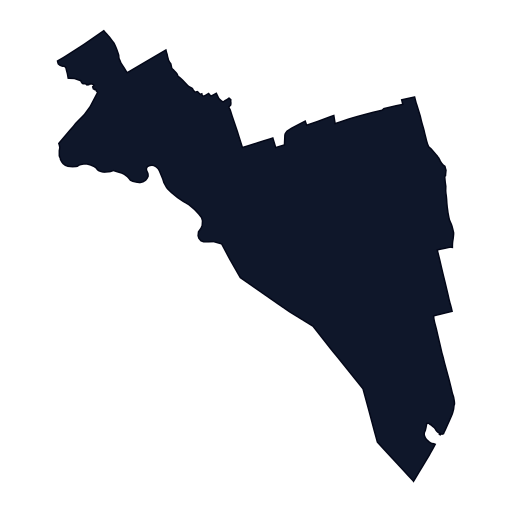 Itesti, Bacau, Romania
{"feature_id": "2599482B64151983327745", "entity_name": "Itesti", "entity_type": "district", "adm_level": 2, "iso_a3": "ROU", "parent_name": "Romania", "parent_adm1": "Bacau", "projection": "albers", "projection_center": [26.861, 46.655], "detail": "fine", "context": "isolated", "style": "filled", "palette": "ink", "viewbox_px": 512, "rotation_deg": 0, "n_neighbors": 0, "source": "geoboundaries", "source_scale": "gbopen_adm2", "svg_char_len": 5364}
<svg xmlns="http://www.w3.org/2000/svg" viewBox="0 0 512 512"><path d="M413.5,481.3L414.2,480.2L416.1,477.0L418.6,472.8L418.9,472.3L422.8,465.9L426.1,460.4L428.1,457.1L429.3,455.1L430.4,453.0L432.2,449.9L433.4,447.7L434.1,446.4L435.2,444.3L433.7,443.7L432.0,443.5L430.7,443.0L429.1,441.9L426.4,439.4L425.2,437.6L424.2,435.0L424.3,432.7L425.3,430.4L426.0,427.4L426.7,423.4L429.0,423.3L429.8,424.2L430.3,424.6L430.8,424.3L431.2,424.4L431.3,425.1L432.6,426.3L434.2,427.5L435.2,428.7L435.8,429.9L436.9,431.3L438.0,432.3L439.1,433.0L439.9,433.4L439.4,434.3L440.2,434.8L440.8,433.7L442.0,434.2L443.5,433.7L444.2,431.9L444.9,430.6L445.9,428.4L447.8,424.1L448.9,421.7L450.0,419.2L451.2,416.5L452.2,414.1L452.8,412.2L453.6,409.1L454.0,405.5L454.5,404.0L454.4,402.0L454.1,400.0L453.6,397.1L452.3,393.1L450.9,387.1L448.9,379.1L446.8,371.4L444.3,362.2L443.2,357.5L441.9,353.0L440.1,345.1L438.0,336.2L436.3,328.8L434.6,322.4L433.9,319.0L433.6,315.9L436.5,315.1L439.9,314.3L442.7,313.6L445.5,312.9L452.1,311.3L451.3,307.8L450.5,304.8L450.0,303.2L449.0,299.3L448.2,295.6L447.0,290.5L444.8,281.3L443.0,274.0L441.3,266.8L439.9,260.7L438.8,256.2L437.7,251.8L437.3,249.9L440.3,249.2L444.8,248.3L448.8,247.4L450.2,247.2L450.8,247.2L452.4,247.4L452.4,245.5L452.5,243.1L452.7,241.3L453.1,238.8L453.4,236.3L453.6,234.1L453.6,232.7L453.2,231.0L452.8,229.3L452.0,226.2L451.3,224.2L450.3,222.0L449.4,219.8L448.9,217.6L448.6,216.1L447.9,212.3L447.7,210.5L447.2,207.0L446.8,202.7L446.6,199.2L446.3,196.1L445.9,193.3L445.7,190.8L445.8,186.3L445.2,182.2L444.8,177.7L444.7,177.0L444.9,176.2L445.5,175.7L445.6,174.0L445.9,171.0L446.0,170.3L445.4,168.3L445.1,167.1L444.9,166.3L443.2,165.1L441.5,163.1L440.4,161.4L439.9,160.5L439.7,159.8L439.2,159.3L439.0,158.4L438.1,157.3L437.5,156.5L437.0,155.7L436.3,155.0L431.2,149.0L428.6,146.7L427.5,144.0L426.6,141.0L425.7,137.3L424.6,133.0L424.1,130.7L423.3,127.7L422.7,125.7L422.0,123.3L421.6,121.8L421.2,120.2L420.3,116.3L418.5,110.4L417.3,106.5L416.8,104.9L416.1,102.9L414.6,97.0L401.7,99.8L402.8,104.4L396.3,105.7L383.9,108.6L382.2,110.2L373.1,112.3L364.8,114.5L357.4,116.5L352.9,117.8L348.5,119.1L341.2,121.6L335.1,123.6L333.8,115.5L330.6,116.6L317.5,121.5L313.4,122.9L306.6,125.2L305.2,121.1L303.7,121.9L297.9,124.9L291.6,128.2L287.0,131.2L285.3,133.6L284.9,135.0L284.5,143.7L284.5,144.9L277.9,146.9L275.7,147.6L272.8,138.0L270.1,138.9L263.5,140.9L248.1,145.8L243.1,147.3L242.4,147.5L238.9,136.5L237.4,131.6L232.1,116.0L230.2,109.9L229.0,107.7L228.8,106.9L230.7,105.0L230.9,103.0L230.7,101.4L230.8,99.7L229.0,98.1L227.3,99.4L225.0,100.6L223.9,101.5L223.0,101.8L222.6,101.7L221.3,100.8L219.2,98.9L218.6,98.1L216.3,93.3L213.0,95.1L210.8,96.1L208.6,93.5L205.6,95.3L204.4,95.9L203.1,96.2L202.1,95.2L201.8,93.8L200.1,94.3L198.5,92.7L197.7,91.8L197.4,91.6L196.7,91.7L196.2,92.0L195.2,92.2L194.1,91.1L193.3,90.3L193.0,89.7L192.5,88.7L192.1,88.3L191.6,88.0L190.5,87.4L189.1,86.7L187.8,85.7L186.4,84.2L184.3,82.0L182.8,80.4L181.0,78.7L179.2,77.1L178.5,76.8L178.0,76.3L177.2,74.3L176.9,73.8L176.3,73.0L175.5,72.1L174.2,70.8L173.4,69.8L172.7,69.3L172.2,68.8L171.8,68.4L171.4,66.6L170.8,63.8L169.5,62.1L169.0,61.1L168.5,60.2L168.1,58.6L167.5,56.4L167.1,54.3L166.5,52.5L165.9,50.0L144.2,62.7L127.2,72.7L126.0,71.0L124.2,68.0L122.6,65.6L120.8,62.8L120.3,61.4L119.8,60.2L119.0,58.5L118.8,56.9L118.7,55.2L118.0,53.0L117.5,51.6L117.0,50.1L115.9,47.3L114.6,44.4L113.9,43.0L112.3,41.0L110.6,38.7L109.5,37.2L108.3,35.9L106.5,33.8L105.6,32.9L104.3,31.4L103.8,30.7L84.0,44.4L73.9,50.9L65.3,56.4L63.7,57.4L62.0,58.4L58.5,60.4L57.5,61.0L57.7,61.8L57.9,62.7L58.3,63.9L59.9,65.2L62.4,66.2L63.8,66.2L65.1,66.7L66.0,68.1L66.5,70.3L67.4,73.7L68.2,78.2L74.5,78.5L80.7,80.7L81.5,82.2L82.3,83.3L83.0,83.7L85.5,83.7L86.9,84.9L87.9,84.3L88.2,84.5L88.2,84.8L88.9,84.7L89.9,83.6L90.8,84.1L91.0,83.8L91.7,83.8L92.8,84.4L93.4,84.5L94.0,85.2L93.7,85.9L92.7,86.7L92.7,87.0L93.0,87.0L93.2,88.0L93.2,88.7L94.1,89.2L94.6,89.6L95.3,89.2L95.8,89.7L96.3,90.9L97.7,92.3L90.2,106.6L84.5,114.4L81.9,117.1L79.6,119.4L78.4,120.6L75.6,123.5L74.0,125.6L73.1,126.7L69.9,130.3L58.8,143.4L59.4,145.4L59.8,147.5L59.6,148.9L59.3,150.6L59.3,153.1L59.3,155.8L59.6,156.8L60.2,157.8L60.4,158.7L60.5,159.5L61.8,161.9L63.1,163.6L65.3,165.3L68.0,166.3L72.5,166.7L74.3,166.6L76.1,166.5L77.5,166.2L78.8,165.2L80.5,164.6L83.6,164.0L87.0,164.0L90.4,164.9L94.1,166.5L96.0,167.8L97.5,169.7L98.6,170.6L100.4,171.3L102.5,171.9L104.4,172.1L106.7,171.9L110.2,171.6L113.4,170.5L117.1,171.7L121.9,173.1L124.3,174.3L125.9,175.5L127.5,176.7L129.1,178.5L130.4,180.2L132.8,181.3L136.4,182.1L139.9,182.6L143.0,181.8L145.6,180.2L147.2,178.1L148.1,176.2L148.0,173.9L147.5,172.5L146.7,170.8L146.4,169.5L146.5,168.1L147.5,166.5L149.6,165.6L152.0,165.2L154.0,165.6L156.3,166.9L158.2,168.7L159.4,170.8L160.4,173.2L162.8,179.0L163.9,182.6L166.6,187.5L167.7,188.9L171.4,192.5L177.5,197.5L183.1,201.3L188.8,204.6L194.6,209.5L198.8,214.0L201.6,217.6L202.5,220.8L202.2,225.6L201.0,228.3L198.5,231.8L198.3,233.7L198.1,235.7L198.9,238.3L201.0,240.8L202.3,241.3L203.7,241.8L207.1,241.8L208.0,241.8L213.7,241.6L218.6,243.0L221.7,243.9L228.3,256.4L229.8,259.2L240.3,277.6L243.2,279.6L277.8,303.7L289.6,311.8L313.0,326.2L330.5,348.5L333.0,351.6L337.8,357.4L363.0,388.8L368.8,410.1L374.3,430.8L377.4,442.1L383.7,449.0L396.2,462.5L403.0,469.8L404.0,470.9L407.9,475.2L413.2,480.8L413.5,481.3Z" fill="#0f172a" stroke="#020617" stroke-width="1.5"/></svg>